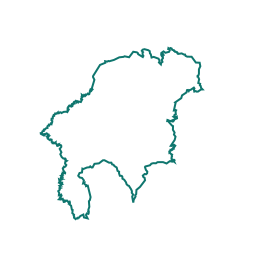 the district of Atwima Mponua, Ashanti, Ghana, rotated 336°
{"feature_id": "2480657B25907117051030", "entity_name": "Atwima Mponua", "entity_type": "district", "adm_level": 2, "iso_a3": "GHA", "parent_name": "Ghana", "parent_adm1": "Ashanti", "projection": "mercator", "projection_center": [-2.226, 6.556], "detail": "fine", "context": "isolated", "style": "outline", "palette": "teal", "viewbox_px": 256, "rotation_deg": 336, "n_neighbors": 0, "source": "geoboundaries", "source_scale": "gbopen_adm2", "svg_char_len": 5721}
<svg xmlns="http://www.w3.org/2000/svg" viewBox="0 0 256 256"><g transform="rotate(336 128 128)"><path d="M197.4,71.5L196.9,72.2L198.0,72.9L197.9,73.9L196.5,75.1L192.8,74.5L191.6,72.5L189.0,73.0L188.7,73.5L190.2,74.8L190.2,75.7L188.1,75.2L188.2,76.7L188.8,77.2L188.3,78.5L186.6,79.3L186.4,81.6L184.9,81.9L183.9,83.3L182.9,80.7L184.2,79.7L184.1,77.1L180.4,73.5L178.2,73.2L178.8,69.9L178.4,68.8L179.1,66.6L178.1,65.1L175.1,62.7L173.2,62.4L172.0,63.1L172.6,64.8L171.9,65.1L171.2,67.1L171.4,68.4L170.4,69.2L167.3,64.7L167.5,63.7L166.9,62.5L163.8,60.5L157.8,63.8L154.0,61.1L152.9,61.2L148.8,59.9L142.8,60.1L138.0,59.4L137.3,58.8L136.0,58.9L134.3,57.7L133.8,59.2L128.1,59.0L117.3,66.3L116.8,67.1L116.9,70.3L111.5,76.6L111.0,77.4L111.3,78.3L110.0,78.8L109.4,77.5L108.3,78.6L108.7,79.4L107.8,79.5L106.4,81.3L105.8,81.3L105.3,80.2L102.0,81.3L102.1,80.5L101.5,80.9L101.1,80.0L100.3,80.6L99.4,79.0L99.2,79.8L98.5,80.2L98.6,81.4L97.8,81.6L97.5,82.6L96.9,82.5L96.7,83.5L97.2,83.7L95.5,85.1L93.5,83.6L92.8,84.2L92.5,83.1L91.8,83.4L92.1,82.9L91.4,81.9L89.1,82.7L89.2,83.5L88.6,83.8L88.5,82.9L87.5,83.8L87.6,83.3L86.5,83.3L85.4,84.8L85.6,85.4L84.9,85.4L84.8,84.6L83.6,84.3L83.8,83.7L83.4,83.6L81.8,84.5L81.6,85.4L80.9,85.3L80.2,86.8L81.0,87.3L79.0,88.8L78.3,88.0L75.8,87.1L73.3,87.3L72.9,86.3L71.3,85.8L70.9,86.4L69.7,86.1L69.2,85.8L69.5,85.4L68.0,85.8L67.4,85.1L66.5,85.9L65.6,85.8L65.4,86.9L64.1,86.8L63.1,88.8L62.0,88.4L61.2,89.8L61.7,90.9L60.7,92.4L59.7,92.3L59.5,93.5L57.2,92.7L56.8,93.7L56.0,93.3L55.0,93.7L54.5,95.2L52.9,94.9L51.4,95.6L50.9,95.1L50.2,95.4L49.8,96.5L48.6,96.2L47.2,97.5L46.2,97.2L46.0,97.9L47.4,99.7L47.6,99.2L47.9,99.8L48.1,99.3L49.0,99.4L49.3,100.4L51.3,99.7L52.3,100.7L52.6,100.4L51.9,101.7L52.8,101.9L52.6,102.8L51.8,102.8L52.4,103.2L51.3,103.5L51.3,102.9L51.2,103.9L50.5,103.6L50.4,104.4L50.9,104.4L50.5,105.3L51.6,107.2L52.7,106.9L53.5,107.6L52.6,109.7L53.6,110.6L52.9,110.7L52.8,111.2L54.2,112.0L56.1,111.6L55.6,112.5L56.0,113.2L55.7,113.9L56.1,113.5L56.3,114.0L56.0,115.4L56.4,115.7L56.7,115.2L57.1,115.8L56.9,114.9L57.6,114.7L57.6,115.3L58.0,115.2L57.7,115.6L59.6,116.2L59.8,117.2L59.3,118.2L57.1,119.3L57.3,123.1L55.5,124.4L55.6,127.5L56.5,129.6L58.2,130.3L58.4,131.1L57.7,131.5L57.8,132.2L58.7,133.1L56.8,133.5L56.0,135.0L56.6,136.7L55.3,137.7L53.7,137.9L53.6,137.4L52.0,138.3L51.7,140.6L52.4,143.3L52.1,143.8L50.1,142.2L49.7,142.9L50.3,143.2L49.8,143.6L49.0,143.2L48.4,144.0L48.7,144.4L47.9,144.4L48.4,144.9L47.8,145.2L48.4,145.5L48.3,146.0L47.4,145.3L46.5,145.9L46.3,146.5L47.1,147.6L46.6,147.4L46.5,148.1L45.5,148.1L45.8,147.6L44.9,147.8L44.2,146.9L43.9,148.2L44.3,148.6L43.3,149.4L43.9,149.6L43.8,150.3L44.3,150.2L43.5,150.7L44.1,151.2L44.4,150.7L44.3,151.6L45.1,150.8L45.6,151.1L44.9,152.1L44.3,151.9L44.9,152.6L43.8,152.7L43.9,152.1L43.1,153.1L42.1,152.6L42.6,153.3L41.9,153.1L42.1,153.8L41.2,154.7L41.9,155.4L41.0,155.4L40.9,155.0L40.8,155.8L41.1,155.9L40.4,156.7L38.6,157.3L38.7,159.6L37.9,160.6L38.3,161.1L37.6,161.6L38.3,162.0L39.8,161.7L39.8,162.8L37.2,164.2L37.4,165.3L36.8,164.8L36.0,165.1L37.3,165.9L38.2,165.2L38.2,165.8L39.6,166.1L39.2,169.4L39.8,169.6L40.0,168.2L40.8,168.4L40.9,169.4L42.7,169.4L43.2,171.1L44.2,171.3L43.6,172.3L44.7,172.1L44.6,172.8L45.1,173.1L43.8,173.0L43.4,174.0L44.4,175.8L43.5,179.8L44.1,180.4L42.5,183.1L43.4,185.3L42.7,185.9L42.9,186.8L42.2,188.0L43.1,189.9L44.0,189.5L45.2,190.2L45.8,189.6L46.6,190.0L48.7,189.0L52.0,188.9L51.4,191.8L54.3,194.1L54.2,190.4L55.7,189.3L56.9,190.3L57.7,189.5L57.7,188.0L58.3,188.0L58.5,186.6L60.6,184.3L62.5,179.0L63.9,178.3L65.7,175.9L67.8,164.4L66.1,164.1L66.7,163.2L65.8,162.2L65.4,160.8L65.8,160.4L64.5,160.3L66.4,157.9L65.7,154.9L63.8,153.6L63.1,151.4L65.4,149.4L67.9,149.9L69.8,146.6L70.4,147.3L74.4,147.4L77.0,148.2L77.9,147.7L78.7,149.3L79.6,149.6L82.8,147.1L87.1,148.5L91.9,147.3L93.4,147.9L96.6,152.0L98.7,152.9L98.7,154.8L99.8,155.7L100.1,157.2L101.6,159.5L101.0,162.9L102.1,164.3L101.4,165.7L101.1,168.3L102.8,169.2L103.0,170.4L102.3,172.0L103.5,173.7L104.1,176.9L103.8,178.5L104.3,180.2L105.3,181.2L105.9,185.3L105.9,187.3L105.1,188.7L105.6,190.9L103.9,192.4L102.5,198.3L104.0,195.9L107.0,193.7L107.2,192.4L108.6,191.7L110.5,188.0L115.0,186.7L122.3,182.7L122.9,180.2L122.1,179.1L122.2,177.5L124.5,176.8L125.6,177.6L127.0,177.2L127.9,175.7L127.3,173.5L127.6,170.6L128.2,170.2L132.9,171.0L134.9,170.1L136.7,170.4L139.2,171.6L141.0,171.2L146.1,173.4L148.8,176.1L152.7,175.3L154.8,176.8L155.9,176.8L156.5,177.8L156.5,176.6L157.4,176.3L157.3,175.9L154.9,174.8L155.5,174.1L155.4,173.2L156.6,171.9L156.5,171.3L157.5,170.3L156.4,168.7L156.3,167.2L155.8,167.3L156.2,166.2L157.2,166.1L157.8,165.3L158.7,166.1L159.7,165.8L159.7,165.2L161.3,165.5L161.2,164.5L161.7,164.3L161.5,164.9L164.0,163.4L163.2,162.0L160.7,162.2L159.8,161.7L165.8,157.9L167.9,155.2L167.3,152.7L168.7,151.1L168.3,147.9L169.9,144.6L169.2,143.8L167.3,137.8L166.7,137.6L167.3,136.7L168.3,137.6L168.3,138.8L169.5,138.7L171.6,140.4L172.7,140.0L172.2,139.0L176.7,139.1L177.2,137.4L175.0,137.4L174.1,136.1L175.5,135.8L175.9,134.9L177.3,134.9L178.1,132.4L179.2,131.4L178.8,130.9L177.1,130.6L181.7,124.4L181.4,123.8L188.8,122.4L190.6,120.2L195.9,119.3L197.3,117.4L198.2,117.6L198.5,119.0L199.4,118.3L200.8,118.6L204.6,117.9L204.8,118.9L203.8,119.8L203.4,121.7L204.9,121.8L205.5,122.7L206.7,123.2L210.3,122.5L211.8,123.1L211.1,121.1L211.5,119.1L211.0,118.3L211.9,117.0L210.5,115.5L212.8,112.4L212.9,109.8L212.4,109.4L212.7,108.7L213.8,108.5L214.8,107.4L216.7,103.2L219.2,101.0L220.0,97.5L216.6,95.8L215.1,88.8L211.1,86.9L209.9,85.5L210.0,84.1L209.0,83.7L207.4,81.7L203.9,80.7L203.5,80.0L203.9,79.6L203.7,78.7L202.1,77.6L202.3,77.2L201.4,76.4L201.6,75.7L200.2,74.6L200.2,73.1L199.3,72.2L197.9,72.4L197.4,71.5Z" fill="none" stroke="#0f766e" stroke-width="2"/></g></svg>